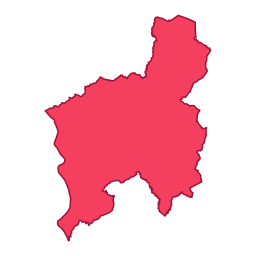 outline of Plato, Magdalena, Colombia
{"feature_id": "7082276B24438345554060", "entity_name": "Plato", "entity_type": "district", "adm_level": 2, "iso_a3": "COL", "parent_name": "Colombia", "parent_adm1": "Magdalena", "projection": "robinson", "projection_center": [-74.591, 9.77], "detail": "fine", "context": "isolated", "style": "filled", "palette": "rose", "viewbox_px": 256, "rotation_deg": 0, "n_neighbors": 0, "source": "geoboundaries", "source_scale": "gbopen_adm2", "svg_char_len": 5812}
<svg xmlns="http://www.w3.org/2000/svg" viewBox="0 0 256 256"><path d="M68.5,240.6L69.4,240.2L69.3,238.4L68.7,236.3L70.8,236.7L70.8,234.7L71.1,233.4L71.7,232.8L71.4,231.8L72.1,230.0L73.8,228.7L73.9,227.1L74.5,226.3L77.2,225.2L78.7,223.5L78.9,221.3L79.5,220.4L80.8,220.4L82.3,222.2L85.6,221.7L85.8,223.4L87.9,222.6L88.6,225.2L89.0,225.3L90.5,223.3L92.3,222.8L93.5,220.5L97.6,219.3L99.4,217.7L100.6,215.8L102.1,215.6L109.1,212.7L112.2,210.4L113.7,205.3L113.7,202.2L113.2,200.6L113.3,197.8L114.4,196.4L113.8,195.7L113.0,196.6L112.6,195.7L110.7,195.8L109.2,194.8L108.1,194.8L107.3,194.1L107.4,193.2L106.8,192.1L106.3,191.8L106.1,192.4L105.8,192.3L106.1,190.8L105.4,190.9L105.1,191.7L103.1,191.4L102.4,190.6L104.2,188.6L105.2,186.2L106.7,185.7L107.9,183.9L109.3,183.5L110.9,181.8L113.7,180.9L118.3,180.5L119.6,181.2L120.6,182.7L122.9,182.6L125.6,180.1L126.5,179.8L126.4,179.3L126.6,179.8L129.2,178.9L130.3,177.5L134.2,176.1L136.2,174.6L136.7,174.3L135.9,172.4L138.9,171.7L139.5,173.4L139.9,173.3L139.7,173.8L140.1,173.8L140.1,174.5L140.4,174.6L140.8,177.6L141.7,178.0L142.4,178.9L143.5,178.9L144.0,179.5L144.6,179.6L145.5,180.5L146.3,180.1L146.2,180.6L146.8,180.9L147.5,182.6L148.2,182.5L149.5,183.2L149.2,184.9L149.7,186.9L150.1,186.7L150.2,187.7L151.3,187.4L151.2,188.1L151.7,187.9L152.1,188.5L151.8,188.8L152.2,189.0L151.7,189.6L152.1,189.8L151.6,190.0L152.1,190.3L151.6,190.5L151.9,192.6L153.4,192.5L153.2,193.2L154.2,193.4L154.8,195.1L155.8,195.2L155.6,195.9L156.8,196.1L157.1,196.8L157.6,196.5L157.9,198.0L158.4,198.0L158.9,198.9L159.3,198.6L159.5,199.2L160.2,199.3L159.9,200.4L159.2,200.7L159.2,201.8L158.7,201.8L158.5,202.4L159.0,202.7L158.6,203.4L159.1,203.2L158.6,204.0L158.8,204.3L158.4,204.3L158.7,205.5L158.1,208.2L158.8,208.8L159.3,210.2L159.3,211.3L165.1,215.9L165.3,215.1L165.8,215.0L166.6,212.5L167.2,213.5L167.8,213.3L168.1,212.4L167.8,212.0L168.3,212.0L168.2,210.6L168.6,210.1L169.1,210.3L169.2,209.8L169.4,210.1L169.5,209.8L170.4,209.6L170.1,209.2L170.4,209.0L170.3,208.1L171.6,204.5L171.3,200.7L173.1,196.8L175.1,196.9L175.7,196.4L176.8,196.3L177.1,195.8L178.6,195.6L178.9,195.1L178.7,194.5L179.4,194.1L180.1,194.1L181.0,193.2L181.2,192.2L181.8,192.0L182.2,193.1L184.4,194.6L186.2,194.9L186.7,195.8L188.8,196.3L190.0,197.2L191.9,197.2L192.8,192.7L191.4,191.7L190.4,190.2L190.0,188.4L190.4,187.8L201.7,181.7L200.6,177.4L200.8,175.8L200.6,175.2L197.5,171.3L198.1,170.8L194.9,169.0L197.2,163.8L196.7,163.7L197.1,161.6L197.8,161.7L198.2,160.4L198.7,160.5L200.0,158.8L200.1,158.1L198.8,154.5L197.2,153.0L197.0,151.7L197.6,150.7L200.5,150.8L201.9,149.6L202.6,146.6L202.3,144.5L203.2,144.0L204.3,142.4L205.1,137.7L205.7,137.2L206.3,135.0L205.9,132.3L206.4,127.8L203.0,128.7L202.2,127.7L201.3,127.6L201.4,127.0L198.7,123.9L197.3,121.2L196.5,121.5L197.2,118.4L197.1,116.1L198.1,112.7L199.3,111.4L199.7,110.2L196.7,108.7L194.5,106.0L192.0,105.4L190.1,106.0L186.7,103.9L184.6,103.9L182.3,101.7L181.0,101.4L180.2,99.5L182.0,99.1L182.2,97.8L182.9,97.0L185.1,97.3L186.2,96.5L188.4,93.1L190.5,91.3L190.9,89.0L192.0,87.1L193.4,83.1L195.4,82.3L198.2,80.2L202.8,77.6L207.0,71.6L207.2,70.2L205.5,67.2L205.5,65.7L205.9,64.4L205.5,62.8L206.6,61.0L206.9,55.9L208.7,53.6L210.7,50.0L209.6,48.7L209.5,48.0L208.2,48.2L206.9,47.4L206.7,46.1L206.1,45.7L205.1,45.8L204.5,45.0L202.6,44.4L202.0,43.5L200.1,42.4L199.4,42.8L198.3,42.1L198.0,41.1L197.1,40.9L196.3,39.1L195.6,39.3L195.3,39.8L194.5,39.5L194.2,37.8L196.0,36.9L195.7,35.9L195.3,30.4L195.2,22.2L187.4,18.6L178.3,15.4L170.7,20.6L170.1,20.8L170.1,20.4L169.0,20.2L167.7,21.3L161.8,18.2L159.9,18.1L157.3,17.0L157.0,17.4L155.7,17.5L155.7,18.2L154.9,18.7L154.5,20.0L155.1,21.0L154.6,22.0L154.8,22.6L153.8,23.3L154.1,25.3L152.7,27.3L152.2,27.4L152.4,28.1L151.9,28.7L152.1,29.1L151.7,30.4L152.2,31.5L152.1,32.4L151.7,32.6L152.1,33.3L151.7,34.0L152.0,35.0L152.5,35.1L152.6,36.2L153.4,36.3L153.8,35.6L154.3,37.0L155.3,36.6L156.0,37.7L156.3,39.4L156.0,39.9L156.6,40.4L156.1,41.0L154.5,41.5L153.9,42.8L154.2,45.4L153.7,45.9L153.8,46.8L153.2,47.0L152.9,48.5L152.9,49.8L153.5,50.6L152.7,52.0L153.3,52.8L152.7,56.9L151.4,58.2L151.5,59.7L150.5,61.3L149.5,61.7L149.2,62.6L148.4,62.6L148.8,63.1L148.3,63.9L148.4,64.7L147.1,65.0L146.7,65.6L146.6,66.7L147.1,66.9L146.7,67.9L147.0,68.4L146.6,68.6L146.9,68.7L146.4,69.2L146.7,69.8L146.3,69.9L146.1,70.9L145.4,71.1L145.7,71.5L145.1,72.2L145.8,73.3L145.4,73.8L145.6,74.2L145.8,74.0L146.2,74.6L146.1,76.0L146.4,76.4L146.2,76.8L144.7,76.7L143.0,78.2L142.7,77.5L142.3,77.8L141.5,77.1L140.7,77.0L140.4,75.6L139.8,74.9L139.0,74.7L137.8,75.0L136.7,74.4L136.2,74.6L134.8,73.7L134.9,73.0L134.0,72.9L133.3,73.3L132.6,73.0L130.7,73.8L127.6,77.3L127.1,78.4L125.4,76.9L124.9,77.4L124.1,77.2L123.8,76.6L122.7,76.1L122.3,75.4L122.0,75.7L121.1,75.1L120.8,75.9L119.2,76.4L119.2,76.9L117.7,77.5L117.0,78.5L115.2,79.0L114.8,80.2L113.1,80.8L110.6,80.4L110.1,80.7L109.8,80.3L109.2,80.7L108.0,79.6L106.8,80.0L105.4,79.2L103.7,79.2L102.7,78.2L100.4,77.1L99.8,77.5L98.8,79.7L97.5,80.4L95.9,82.8L94.1,83.5L93.4,83.2L92.0,84.6L90.5,84.2L90.3,85.1L89.5,85.4L89.6,85.9L88.9,86.4L88.6,86.0L88.0,86.3L87.6,86.0L86.0,87.1L85.2,86.6L84.8,89.1L85.4,90.3L84.9,93.6L83.3,94.3L82.5,95.7L80.6,96.6L78.6,95.4L75.3,94.2L74.4,96.7L72.8,97.4L72.4,98.2L69.2,97.6L69.6,99.6L69.1,100.3L68.1,100.4L64.6,103.2L61.9,102.8L61.8,103.8L60.2,104.6L59.6,105.8L58.3,106.7L54.8,105.7L53.9,106.3L53.1,107.9L49.8,108.4L45.3,110.9L51.0,117.4L54.2,119.7L54.5,122.0L57.2,128.5L58.2,131.7L56.5,137.3L54.5,142.3L54.4,144.8L57.4,148.4L60.3,154.0L64.4,158.5L64.8,159.5L64.8,161.1L64.0,162.7L62.9,163.9L59.4,165.3L58.1,167.4L58.0,168.7L58.7,172.2L59.4,173.5L63.6,178.5L65.5,181.4L68.8,189.8L69.0,192.0L70.4,196.9L70.6,199.1L70.1,206.5L69.7,208.1L67.3,212.3L60.2,219.5L58.0,220.9L57.5,223.5L58.1,225.4L61.6,228.4L64.1,231.5L66.9,236.7L68.5,240.6Z" fill="#f43f5e" stroke="#9f1239" stroke-width="1.5"/></svg>